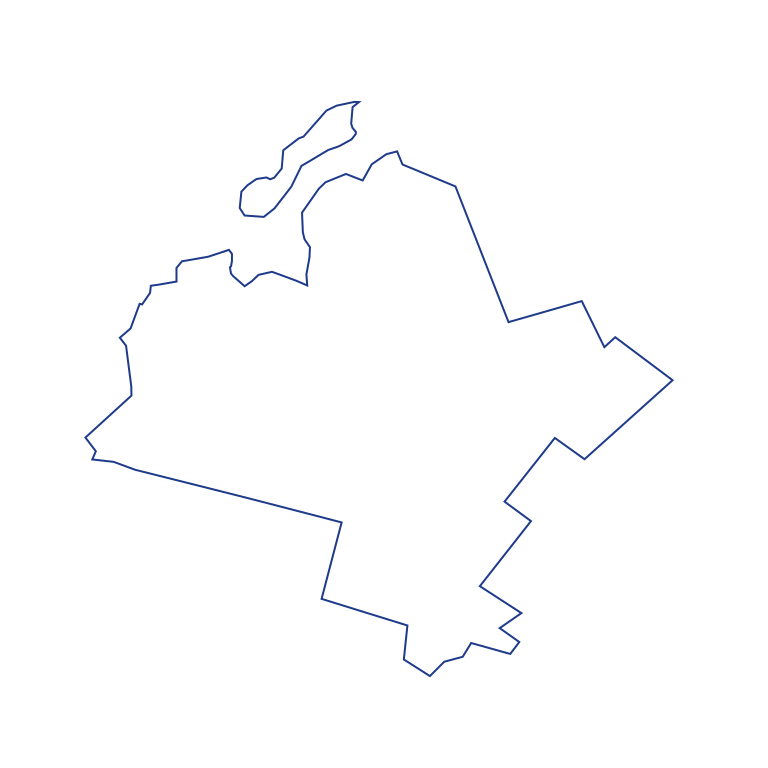 the district of Waldo, Maine, United States of America, rotated 206°
{"feature_id": "52423323B44726132031324", "entity_name": "Waldo", "entity_type": "district", "adm_level": 2, "iso_a3": "USA", "parent_name": "United States of America", "parent_adm1": "Maine", "projection": "robinson", "projection_center": [-69.016, 44.486], "detail": "fine", "context": "isolated", "style": "outline", "palette": "blue", "viewbox_px": 768, "rotation_deg": 206, "n_neighbors": 0, "source": "geoboundaries", "source_scale": "gbopen_adm2", "svg_char_len": 1427}
<svg xmlns="http://www.w3.org/2000/svg" viewBox="0 0 768 768"><g transform="rotate(206 384 384)"><path d="M628.9,205.0L613.5,197.2L613.1,188.3L592.9,195.5L570.1,197.8L484.7,215.8L450.7,222.9L361.4,241.0L345.9,163.5L301.1,170.4L257.1,177.2L245.4,145.1L214.7,141.6L208.1,160.8L193.7,173.3L192.1,189.4L152.2,196.7L149.3,211.4L173.0,215.3L160.1,238.3L209.2,244.3L191.8,325.2L224.1,331.1L206.8,410.4L170.8,404.3L126.3,513.9L196.7,527.4L202.1,513.7L242.6,545.2L299.2,494.2L406.4,592.9L463.6,589.4L474.2,598.8L482.6,591.6L491.3,576.2L492.4,557.6L499.4,557.0L510.3,556.1L525.0,539.7L528.2,530.9L532.8,502.1L523.4,484.7L518.8,479.2L510.5,474.5L506.4,464.9L501.8,448.5L496.2,438.9L507.8,438.4L525.8,436.6L533.9,435.7L544.6,427.1L547.8,418.6L552.1,410.8L567.1,414.9L569.9,416.2L573.6,421.3L573.1,422.8L574.5,427.7L577.7,434.3L582.2,436.6L593.5,425.5L597.7,421.4L619.4,405.7L621.4,397.3L615.4,385.1L630.1,374.5L636.6,370.1L634.2,363.3L636.3,349.5L638.8,348.9L636.1,322.9L641.7,309.8L632.6,305.3L610.0,270.9L605.9,262.9L628.9,205.0ZM519.0,596.3L519.9,598.3L524.6,600.4L527.6,603.6L533.6,619.1L530.1,626.4L534.4,624.5L548.6,613.4L555.6,604.5L564.8,571.0L568.3,567.4L577.0,549.9L570.4,532.8L573.1,521.3L576.1,518.1L580.2,518.1L588.5,512.3L593.8,502.9L596.5,494.4L590.8,478.9L583.2,474.3L565.3,481.5L559.4,493.8L553.8,520.7L553.8,543.8L536.7,569.9L528.8,577.8L520.4,589.6L519.0,596.3Z" fill="none" stroke="#1e3a8a" stroke-width="2"/></g></svg>